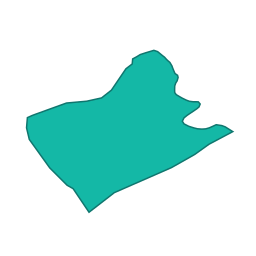 outline of San Marcos La Laguna, Sololá, Guatemala, rotated 248°
{"feature_id": "79465075B78154513463269", "entity_name": "San Marcos La Laguna", "entity_type": "district", "adm_level": 2, "iso_a3": "GTM", "parent_name": "Guatemala", "parent_adm1": "Sololá", "projection": "equal_earth", "projection_center": [-91.257, 14.734], "detail": "fine", "context": "isolated", "style": "filled", "palette": "teal", "viewbox_px": 256, "rotation_deg": 248, "n_neighbors": 0, "source": "geoboundaries", "source_scale": "gbopen_adm2", "svg_char_len": 972}
<svg xmlns="http://www.w3.org/2000/svg" viewBox="0 0 256 256"><g transform="rotate(248 128 128)"><path d="M190.3,158.2L185.8,155.9L183.7,148.3L169.3,126.8L165.8,114.8L168.3,99.8L174.2,80.3L175.4,47.7L175.5,43.8L175.3,38.6L166.2,34.0L154.4,32.2L120.3,40.5L97.7,50.1L92.3,54.4L64.5,60.3L73.2,91.1L75.0,153.5L78.5,180.0L82.6,197.0L85.4,223.8L92.6,218.6L95.1,215.9L98.0,211.0L97.8,206.8L97.7,203.4L98.1,199.7L99.3,196.1L101.2,192.2L103.2,189.4L104.9,187.3L106.9,184.9L110.8,181.5L113.9,180.9L116.4,183.7L117.6,187.6L120.0,198.9L120.9,201.7L123.2,203.9L125.9,203.0L126.9,200.8L127.9,198.3L129.8,194.9L131.9,192.6L135.2,189.6L138.1,187.3L140.9,185.2L143.4,184.6L146.1,185.6L149.5,187.1L151.9,189.2L153.3,191.2L156.1,193.4L158.3,193.7L160.9,192.0L163.7,191.9L167.1,191.9L169.1,192.0L173.1,191.4L175.4,190.2L177.2,189.4L180.0,188.4L182.0,187.2L187.7,184.1L190.3,181.1L191.1,172.7L191.5,166.9L190.8,162.7L190.3,158.2Z" fill="#14b8a6" stroke="#0f766e" stroke-width="1.5"/></g></svg>